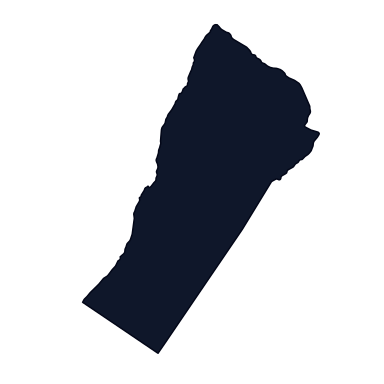 the Province of San Luis, rotated 34°
{"feature_id": "ARG-1298", "entity_name": "San Luis", "entity_type": "Province", "adm_level": 1, "iso_a3": "ARG", "parent_name": "Argentina", "parent_adm1": "", "projection": "natural_earth1", "projection_center": [-66.295, -33.924], "detail": "fine", "context": "isolated", "style": "filled", "palette": "ink", "viewbox_px": 384, "rotation_deg": 34, "n_neighbors": 0, "source": "natural_earth", "source_scale": "10m", "svg_char_len": 3730}
<svg xmlns="http://www.w3.org/2000/svg" viewBox="0 0 384 384"><g transform="rotate(34 192 192)"><path d="M254.3,271.3L254.1,333.3L254.0,344.6L253.7,344.7L251.2,344.7L198.4,344.6L196.2,344.6L163.4,344.6L163.0,344.5L162.7,342.1L162.7,340.9L163.4,337.5L163.9,332.2L166.3,320.5L167.0,313.1L168.8,309.0L169.0,307.5L169.3,300.9L170.0,296.4L169.9,295.2L169.2,290.6L169.3,290.2L169.6,289.6L169.9,288.8L170.0,287.9L169.8,287.3L169.4,286.7L168.7,285.8L169.9,281.6L170.0,280.3L169.7,279.1L168.5,276.9L168.3,276.0L168.1,274.7L167.3,272.0L167.1,271.0L167.7,267.2L167.5,265.7L166.0,260.4L158.9,246.1L156.1,242.9L155.6,241.8L155.4,240.1L154.0,235.4L153.6,229.2L153.1,227.7L152.1,226.9L151.6,226.0L152.4,224.4L151.7,223.0L151.5,217.4L151.0,215.5L151.1,214.5L151.9,213.1L152.1,212.1L152.3,211.8L152.7,211.8L153.5,212.3L154.0,212.3L154.8,211.2L155.0,209.6L155.2,205.8L155.6,203.5L155.5,202.4L154.4,200.5L154.0,198.3L153.6,197.2L152.8,196.4L151.8,195.7L151.0,194.7L150.4,191.4L149.7,190.1L148.7,189.0L147.8,188.1L145.6,186.7L144.6,185.8L144.1,184.8L143.9,183.4L142.4,178.5L141.0,176.0L140.2,172.7L139.9,172.1L139.1,169.5L138.7,168.8L137.5,167.5L131.8,157.4L131.2,155.7L131.1,154.3L131.3,151.1L131.1,149.7L129.7,146.3L129.6,143.6L129.3,142.9L128.9,141.0L129.2,135.1L128.7,128.5L128.2,127.0L128.0,126.1L128.0,125.4L128.4,124.0L128.4,123.1L127.2,120.0L126.6,118.0L126.9,117.1L127.9,116.3L127.9,114.6L127.1,111.5L127.3,110.9L127.6,108.8L128.7,106.5L128.4,105.8L127.8,104.9L127.5,103.7L127.3,102.4L126.9,101.8L126.3,101.3L125.5,100.4L125.0,99.6L124.7,98.6L123.5,92.6L123.4,91.5L123.2,90.6L122.3,88.3L122.0,86.3L121.8,85.7L121.5,85.1L121.1,84.5L120.9,84.0L121.0,82.8L120.9,82.3L120.4,81.4L119.8,80.7L118.4,79.7L116.7,72.9L116.5,69.8L116.6,64.8L116.5,62.5L116.6,58.1L116.4,56.9L116.3,55.2L116.4,54.6L116.5,53.7L117.4,50.5L117.5,50.4L117.5,50.0L117.6,49.5L117.5,48.8L117.2,48.0L117.1,47.8L117.1,47.7L117.1,47.4L117.2,46.3L117.1,45.5L116.8,43.8L116.7,43.0L116.7,42.6L116.8,42.1L117.0,41.5L117.4,40.7L118.0,40.1L119.3,39.3L121.9,39.8L123.8,40.4L124.7,40.6L126.0,40.7L131.0,40.4L133.1,39.7L133.6,39.6L134.4,39.7L135.7,40.0L136.4,40.3L136.9,40.6L137.7,41.3L138.0,41.5L138.3,41.7L138.7,41.9L141.0,42.3L156.3,41.4L160.4,42.3L161.8,42.8L163.4,43.9L164.0,44.2L164.5,44.3L165.1,44.3L166.0,44.0L167.3,43.4L167.7,43.4L168.2,43.4L168.8,43.7L170.0,44.6L170.5,44.7L173.7,44.3L174.2,44.3L174.7,44.4L175.6,44.7L177.2,45.6L177.7,45.7L178.4,45.6L180.3,45.1L181.1,45.1L184.1,45.4L187.1,45.0L190.1,43.9L192.6,42.4L193.9,41.9L196.9,41.1L199.2,41.1L202.0,41.6L202.7,41.8L203.0,42.0L203.9,42.7L204.3,42.9L204.8,43.1L205.8,43.2L208.6,43.2L214.6,42.1L219.9,42.1L221.8,42.7L224.9,44.3L241.6,55.0L243.2,57.1L244.9,58.7L245.3,59.3L245.5,59.7L245.8,60.9L245.8,61.3L245.8,62.6L245.8,63.5L246.0,64.3L246.3,65.8L246.9,67.1L247.8,68.6L248.0,69.0L248.2,69.7L248.0,72.9L248.1,73.3L248.2,74.1L248.4,74.4L248.8,74.6L249.6,74.8L256.0,74.1L262.0,72.2L263.1,71.9L263.5,71.9L263.9,72.0L264.3,72.1L264.6,72.3L264.9,72.6L265.1,73.2L265.2,74.2L265.3,76.5L265.1,78.4L264.9,80.4L264.8,82.1L265.0,82.7L265.2,83.5L266.6,86.2L266.9,87.6L267.2,89.0L267.6,90.6L267.7,91.0L267.7,91.6L267.5,94.1L267.1,96.1L265.8,99.4L265.3,102.5L265.2,103.0L265.0,103.5L264.5,104.0L263.6,104.9L263.4,105.3L263.3,105.8L263.3,106.6L263.4,107.6L263.3,108.1L263.2,108.6L262.3,110.2L262.2,110.7L262.0,111.3L262.0,114.0L261.9,114.6L261.6,115.3L259.3,119.8L259.2,120.3L259.1,120.8L259.2,121.7L259.7,123.1L259.6,123.7L259.3,124.6L257.7,127.8L257.4,128.5L257.4,129.8L258.1,131.4L258.1,131.9L258.1,132.3L257.7,132.9L257.4,133.2L257.0,133.3L255.5,133.6L255.0,133.8L254.8,134.0L254.5,134.2L254.3,134.5L252.5,138.0L252.2,138.8L252.1,139.2L254.6,194.9L254.3,271.2L254.3,271.3Z" fill="#0f172a" stroke="#020617" stroke-width="1.5"/></g></svg>